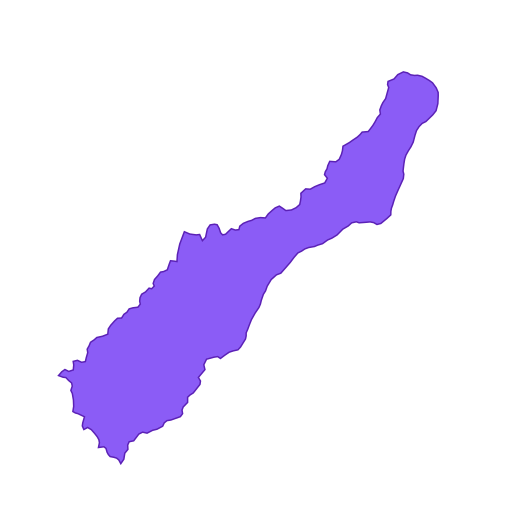 Reginópolis, São Paulo, Brazil (Equal Earth projection), rotated 44°
{"feature_id": "56859067B40817295644111", "entity_name": "Reginópolis", "entity_type": "district", "adm_level": 2, "iso_a3": "BRA", "parent_name": "Brazil", "parent_adm1": "São Paulo", "projection": "equal_earth", "projection_center": [-49.183, -21.855], "detail": "fine", "context": "isolated", "style": "filled", "palette": "violet", "viewbox_px": 512, "rotation_deg": 44, "n_neighbors": 0, "source": "geoboundaries", "source_scale": "gbopen_adm2", "svg_char_len": 3384}
<svg xmlns="http://www.w3.org/2000/svg" viewBox="0 0 512 512"><g transform="rotate(44 256 256)"><path d="M298.2,484.1L295.0,481.1L293.8,477.7L296.4,473.9L295.4,465.5L296.8,461.5L300.7,459.1L302.7,453.2L305.1,449.4L307.1,443.3L305.9,439.8L306.3,436.3L308.7,433.1L313.2,424.1L312.7,420.4L309.8,418.2L308.5,415.2L308.5,408.8L304.9,405.1L305.1,401.7L306.0,398.1L304.9,387.3L302.9,384.5L298.9,383.4L298.2,373.2L294.0,370.5L292.1,364.6L296.1,357.9L298.3,355.0L301.6,354.4L302.4,349.4L303.5,343.9L305.5,340.1L308.2,336.0L308.1,332.2L306.1,323.0L304.4,320.3L302.3,318.1L301.0,314.6L299.1,310.3L296.9,304.9L295.0,297.6L293.9,291.1L292.6,287.6L290.6,284.2L287.9,278.4L287.1,274.5L285.0,269.9L283.3,262.4L283.8,255.3L285.8,251.1L285.1,236.9L284.3,230.5L284.0,224.7L285.4,220.8L286.2,217.0L288.0,213.3L291.5,208.5L292.8,205.4L295.3,200.9L296.4,194.7L298.2,190.4L299.7,184.5L299.8,176.3L301.5,170.3L301.8,165.7L304.4,161.7L307.1,160.5L311.2,155.9L314.4,152.2L317.5,150.2L321.1,149.3L323.2,145.9L324.1,138.2L324.4,132.8L322.0,130.2L320.2,127.5L318.8,124.3L317.2,121.3L314.7,116.0L312.4,109.8L311.2,106.4L308.2,98.0L305.5,94.5L302.8,92.8L300.8,90.2L298.3,86.9L295.6,83.0L293.8,79.3L292.5,74.5L291.6,69.9L290.0,64.9L286.5,58.7L284.3,54.2L283.4,49.6L283.4,45.2L284.8,41.3L285.1,31.5L284.6,26.4L281.0,20.1L275.8,14.2L273.4,11.8L268.9,9.9L262.7,8.8L259.0,9.3L254.6,10.3L250.6,11.4L246.7,13.7L244.6,16.0L241.3,18.3L237.8,19.0L234.1,21.2L232.0,27.0L232.3,32.8L229.7,38.7L231.6,41.3L234.4,42.6L236.2,45.9L239.9,52.7L240.7,57.5L241.8,60.9L243.6,64.9L246.9,67.5L247.1,72.1L248.5,77.0L249.4,81.0L250.3,88.5L246.3,93.1L246.5,96.5L246.3,100.0L245.1,105.6L244.4,109.4L242.3,116.6L245.1,120.3L246.9,123.6L248.7,128.6L248.0,132.8L243.3,136.7L244.9,141.2L246.5,143.9L247.3,147.2L248.8,149.9L253.3,150.5L254.7,155.7L252.1,160.7L250.1,165.3L248.6,170.3L245.1,173.2L244.7,179.7L247.4,182.3L249.8,185.6L251.7,188.6L251.3,193.4L249.5,198.3L245.9,202.6L241.8,203.2L238.1,203.9L236.4,208.0L236.0,211.6L235.6,217.2L236.3,222.1L232.5,225.3L229.4,229.4L228.1,233.4L226.2,236.7L224.2,241.3L223.6,245.8L225.4,248.9L223.1,251.7L219.3,253.5L219.1,257.7L219.0,261.5L217.3,264.0L214.5,263.9L210.2,261.7L206.3,260.5L204.0,262.0L201.4,265.5L202.2,270.3L204.5,274.0L206.7,277.5L206.8,282.2L200.5,279.7L198.4,282.3L195.7,284.3L193.1,286.2L187.6,288.3L192.8,300.3L198.5,309.6L203.0,314.9L200.6,316.6L197.8,318.8L199.4,322.5L201.8,327.5L200.4,331.3L198.5,333.9L199.1,338.4L199.3,343.4L201.1,347.2L203.7,348.3L203.7,352.0L201.4,353.4L201.5,358.6L200.3,362.9L201.5,366.5L203.7,369.3L206.2,371.0L206.6,374.9L203.5,378.7L201.5,382.1L202.2,386.1L201.5,389.7L202.4,394.0L199.6,397.0L199.4,400.9L199.6,406.6L200.4,411.0L203.7,415.2L201.3,420.4L198.1,425.2L197.8,428.9L196.9,433.0L198.3,436.5L199.3,440.3L202.1,442.4L204.4,446.8L206.6,450.5L204.4,453.6L200.0,455.1L197.7,458.8L200.6,461.0L203.7,464.9L201.5,469.1L197.4,470.4L196.7,474.2L197.0,479.2L201.5,477.2L203.7,475.5L207.6,475.7L211.5,475.4L214.2,477.2L216.2,481.3L219.4,482.5L224.7,486.4L229.3,490.8L232.3,495.1L235.1,494.4L237.4,493.1L240.4,492.1L244.3,490.8L247.3,496.4L249.1,498.9L252.7,500.4L254.0,496.3L258.2,495.3L263.1,495.7L267.4,496.3L270.6,497.3L273.1,499.1L275.7,503.2L279.1,498.9L281.7,498.6L285.2,500.6L287.7,501.4L290.4,501.6L293.6,499.5L296.2,498.2L298.9,498.0L303.0,499.3L302.1,494.0L298.6,489.0L298.2,484.1Z" fill="#8b5cf6" stroke="#5b21b6" stroke-width="1.5"/></g></svg>